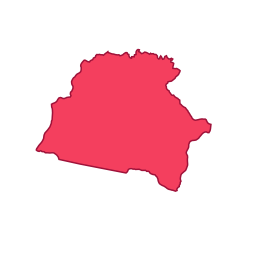 Aparecida do Rio Negro, Tocantins, Brazil, rotated 225°
{"feature_id": "56859067B11960662849722", "entity_name": "Aparecida do Rio Negro", "entity_type": "district", "adm_level": 2, "iso_a3": "BRA", "parent_name": "Brazil", "parent_adm1": "Tocantins", "projection": "albers", "projection_center": [-48.002, -9.977], "detail": "fine", "context": "isolated", "style": "filled", "palette": "rose", "viewbox_px": 256, "rotation_deg": 225, "n_neighbors": 0, "source": "geoboundaries", "source_scale": "gbopen_adm2", "svg_char_len": 3961}
<svg xmlns="http://www.w3.org/2000/svg" viewBox="0 0 256 256"><g transform="rotate(225 128 128)"><path d="M198.9,90.7L196.8,88.9L195.3,88.2L194.2,87.3L192.1,85.4L189.3,82.2L187.5,80.2L186.9,78.7L185.6,77.2L184.0,73.6L183.4,69.7L183.2,65.8L182.3,63.6L180.2,60.8L179.7,59.4L179.3,58.2L179.0,56.7L178.7,52.7L177.9,48.7L177.3,47.6L175.9,47.7L174.3,48.6L173.6,50.3L172.1,50.5L170.5,51.9L169.0,52.0L166.9,54.0L165.7,55.0L164.9,55.9L164.2,56.8L162.9,57.9L160.3,58.4L159.0,58.5L156.9,58.2L154.6,57.0L136.6,68.5L97.6,94.8L97.5,96.6L98.4,98.9L98.0,100.4L96.7,101.8L95.3,102.5L94.6,103.4L93.3,104.1L91.6,106.0L90.8,106.8L88.3,107.8L87.2,108.9L85.6,110.5L84.1,110.6L83.1,111.7L82.0,112.1L80.9,111.7L79.4,111.9L77.6,112.7L75.8,114.0L74.4,113.8L73.1,113.9L71.0,113.2L69.6,112.2L68.3,111.5L66.4,110.9L64.8,111.2L63.2,111.6L61.5,112.3L59.2,112.8L57.2,113.0L55.6,113.6L54.6,114.3L53.2,115.0L52.3,115.7L49.8,116.9L49.1,118.5L50.2,119.2L50.5,120.4L50.6,121.6L50.3,122.8L51.2,123.7L51.5,125.2L52.6,126.5L52.9,127.8L54.5,128.6L55.5,129.5L56.5,130.9L57.5,132.5L57.7,133.6L57.6,135.3L57.5,136.8L57.3,138.7L57.9,140.4L58.5,141.6L59.0,142.7L59.6,143.9L60.7,145.0L61.9,146.0L63.1,147.1L64.1,148.1L65.1,149.4L66.4,150.5L67.9,150.9L69.3,151.6L70.1,153.0L70.5,154.3L70.9,155.7L71.5,157.2L72.4,158.3L73.3,159.1L73.9,160.4L74.5,161.8L74.3,163.2L73.8,164.5L72.8,165.7L72.0,166.7L71.3,167.9L71.1,169.1L70.8,170.6L71.1,172.4L71.2,174.1L71.4,176.1L71.3,178.1L70.6,179.8L69.7,180.7L68.5,181.0L67.5,181.9L68.0,184.0L69.0,185.6L71.9,189.2L73.3,188.4L74.6,188.0L76.1,188.2L77.4,188.6L78.5,189.1L79.7,188.9L80.7,187.8L82.1,186.7L83.3,185.1L84.0,183.9L84.9,182.5L85.9,181.1L87.0,180.5L88.7,180.2L90.0,180.4L91.2,180.9L92.5,181.0L93.9,181.4L95.4,181.8L96.6,181.9L97.7,182.4L99.0,182.5L100.1,182.6L101.7,182.9L103.5,182.3L105.4,182.0L107.1,182.1L108.3,181.9L109.7,183.0L111.1,184.3L112.6,184.0L113.8,184.1L115.1,183.6L117.1,183.2L119.0,183.5L119.9,182.3L121.1,182.2L122.4,182.5L124.2,182.7L125.2,183.3L126.4,183.0L127.6,182.9L129.0,183.3L130.0,184.3L131.3,184.7L132.0,186.2L131.7,187.8L132.4,189.0L131.7,190.1L131.0,191.0L130.4,191.9L130.2,193.4L130.0,194.9L129.9,196.5L130.4,197.8L130.2,199.5L130.1,201.4L130.6,202.8L131.0,204.1L131.6,205.3L132.8,205.3L134.1,205.0L135.7,204.5L136.4,203.5L137.3,202.8L138.4,201.9L139.6,203.1L140.4,204.6L141.4,206.0L142.7,205.8L144.3,204.9L145.5,206.1L144.8,207.2L145.1,208.4L146.6,208.0L147.1,206.5L148.2,205.6L149.4,205.6L150.6,205.7L151.9,206.3L152.5,204.7L151.9,203.3L151.5,202.2L152.1,201.1L153.2,201.4L154.4,201.9L155.8,202.1L155.5,200.5L154.6,199.5L155.1,198.5L156.8,198.5L158.2,199.7L160.1,199.8L161.6,198.6L162.8,198.4L163.7,197.1L164.9,196.8L164.8,195.5L165.8,195.2L167.3,194.8L168.8,194.2L169.9,193.4L170.2,191.6L171.0,190.2L172.2,190.1L173.3,190.1L174.4,189.6L175.3,191.3L176.4,190.6L176.7,189.1L176.1,187.5L175.3,186.6L174.3,185.6L175.2,184.4L174.0,182.6L174.9,182.0L175.8,181.1L174.9,179.9L175.8,179.2L177.4,179.2L178.6,179.8L179.4,180.6L180.6,180.0L181.9,180.6L182.8,179.9L183.2,178.7L183.4,177.4L183.4,176.3L184.0,174.6L184.8,173.4L186.1,173.4L187.3,172.1L188.8,171.0L190.3,170.2L191.7,169.1L192.9,168.5L194.1,168.0L195.2,167.3L196.2,167.8L196.3,166.5L196.6,165.0L196.8,163.3L196.8,162.1L198.0,161.6L198.9,160.6L200.2,159.9L201.0,158.7L202.0,157.9L202.0,156.4L201.3,155.3L201.4,154.2L201.9,153.1L201.3,151.3L201.8,150.2L202.2,148.7L201.9,147.5L203.3,146.5L204.6,146.1L205.9,145.8L206.9,145.0L206.9,143.7L206.8,142.3L206.6,140.9L206.2,139.6L205.3,138.4L204.0,137.8L203.0,136.8L201.9,135.6L201.3,134.3L201.3,132.8L201.8,131.2L202.2,129.6L202.0,127.8L201.7,126.5L202.0,125.0L201.7,123.4L201.3,122.2L200.8,121.0L199.7,120.0L198.3,119.1L196.4,118.6L195.0,117.2L194.4,115.8L193.8,114.2L193.9,112.7L192.8,111.2L191.1,110.5L190.8,108.9L191.9,107.7L192.9,106.3L193.3,105.1L193.9,103.8L194.9,102.8L196.3,102.4L197.4,101.7L198.1,100.3L197.8,98.5L197.3,96.8L197.3,95.4L197.7,93.8L198.4,92.4L198.9,90.7Z" fill="#f43f5e" stroke="#9f1239" stroke-width="1.5"/></g></svg>